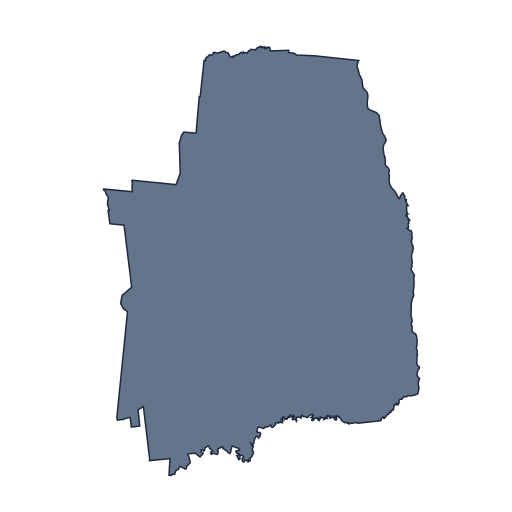 Calamuchita, Córdoba, Argentina, rotated 173°
{"feature_id": "61730980B46916447207534", "entity_name": "Calamuchita", "entity_type": "district", "adm_level": 2, "iso_a3": "ARG", "parent_name": "Argentina", "parent_adm1": "Córdoba", "projection": "orthographic", "projection_center": [-64.638, -32.22], "detail": "fine", "context": "isolated", "style": "filled", "palette": "slate", "viewbox_px": 512, "rotation_deg": 173, "n_neighbors": 0, "source": "geoboundaries", "source_scale": "gbopen_adm2", "svg_char_len": 5884}
<svg xmlns="http://www.w3.org/2000/svg" viewBox="0 0 512 512"><g transform="rotate(173 256 256)"><path d="M130.2,437.5L173.5,447.6L191.2,450.5L193.2,452.5L199.0,454.1L198.5,456.2L216.9,457.8L216.9,461.0L218.1,461.9L219.8,460.9L220.3,462.1L220.7,462.1L221.7,460.7L222.4,462.5L223.8,461.8L224.1,462.8L225.5,462.5L225.8,463.6L227.1,462.9L229.2,462.7L231.2,460.8L236.2,461.7L237.2,460.5L238.3,460.5L240.1,458.4L242.0,459.3L243.3,459.1L243.8,460.1L244.7,459.1L246.1,460.0L248.5,458.2L250.8,458.1L251.9,457.8L252.5,457.1L254.1,457.2L254.2,456.5L254.8,456.7L255.0,456.0L257.5,457.2L258.8,460.9L261.5,462.1L261.8,462.9L263.1,463.3L268.5,462.2L270.9,462.3L272.0,463.1L273.8,463.0L273.5,462.3L273.9,461.4L275.8,460.6L276.6,461.4L278.5,460.9L279.5,459.6L280.3,459.6L282.0,458.3L282.3,456.1L283.7,456.4L292.0,420.9L292.9,421.1L300.5,385.3L312.6,387.8L314.6,385.4L314.9,385.5L317.1,380.5L318.4,377.4L321.1,347.4L326.7,336.6L369.7,346.3L370.0,345.7L369.8,342.5L370.5,340.8L371.0,334.9L399.1,341.1L399.1,339.9L397.6,338.8L397.3,336.0L395.6,332.5L395.6,330.9L396.6,328.5L397.1,325.0L395.9,319.0L397.3,319.2L397.1,305.8L383.2,302.7L383.2,240.2L393.7,233.2L396.2,225.3L393.7,219.4L390.3,216.5L413.7,113.2L413.7,110.0L407.5,110.0L402.5,111.3L400.5,110.8L400.6,101.4L392.1,101.4L391.8,117.7L386.1,120.2L386.3,66.5L386.7,65.9L366.1,65.3L369.1,49.0L367.1,48.4L365.3,49.7L363.5,49.1L361.4,53.2L359.4,53.3L357.3,56.3L356.6,56.3L352.4,53.2L351.2,53.3L350.6,55.4L346.4,58.9L347.0,64.6L347.9,67.1L347.6,67.5L345.4,67.9L340.0,67.5L336.1,63.3L332.5,66.5L332.6,66.9L334.1,67.8L334.2,70.2L333.2,70.3L331.6,68.7L330.8,69.2L330.3,71.4L327.0,73.3L326.0,73.0L325.5,70.8L322.7,68.1L323.7,67.2L324.4,67.2L324.3,66.5L325.0,66.0L324.6,64.6L322.2,65.3L318.9,63.8L318.1,64.2L317.3,66.7L318.0,68.1L316.4,69.7L314.7,69.9L313.1,70.9L312.2,70.6L312.4,69.3L312.0,68.7L309.4,66.6L306.6,63.2L305.3,63.8L303.9,68.1L302.7,70.2L301.8,70.1L299.5,68.4L297.5,67.8L296.3,66.8L296.0,65.4L299.0,65.1L299.9,64.5L299.2,62.8L296.9,61.7L296.8,61.1L297.3,60.5L299.3,60.4L298.1,56.1L297.2,56.0L296.7,56.5L296.2,60.0L294.5,60.0L293.0,58.7L293.2,57.6L294.1,57.1L294.6,56.2L294.4,53.6L293.2,53.0L292.2,54.3L292.2,54.9L291.7,54.4L289.7,54.0L288.5,54.6L288.6,53.7L289.2,53.3L289.0,52.5L287.5,53.5L286.8,53.4L286.6,56.1L284.7,57.1L284.0,58.9L283.4,59.2L282.5,61.1L282.4,62.0L283.4,63.9L282.8,65.8L281.8,67.2L282.9,68.1L282.2,68.1L282.3,69.0L283.5,69.6L283.8,70.6L282.1,69.3L280.9,70.7L279.9,74.1L277.8,77.0L276.9,77.2L275.5,74.9L274.2,76.4L273.0,79.0L273.5,80.3L276.2,81.0L276.7,81.6L275.3,85.1L274.0,86.0L269.5,83.8L268.0,85.1L266.4,84.9L263.7,85.6L262.1,86.5L261.4,85.5L261.7,84.4L260.4,83.9L257.2,86.2L257.4,87.4L256.8,87.8L255.2,88.0L254.2,87.3L252.0,88.7L251.5,87.6L250.1,87.3L249.8,88.5L249.1,89.2L249.7,90.2L250.5,90.2L250.9,90.8L250.1,91.2L248.9,93.0L248.1,92.7L248.4,91.5L247.7,91.3L247.4,90.4L246.6,91.5L245.5,90.2L245.0,90.3L243.5,92.9L243.0,92.7L242.7,91.6L242.0,91.9L241.3,94.2L240.9,94.1L240.7,92.5L239.9,91.9L238.1,93.2L237.5,92.1L238.9,91.1L240.0,89.7L239.4,89.0L237.0,89.4L236.0,87.0L235.7,87.4L235.9,89.4L235.6,90.9L232.5,90.8L231.2,89.7L231.1,90.7L230.3,91.1L230.4,92.1L229.9,92.5L228.2,90.7L227.1,90.7L224.7,89.3L222.0,91.4L219.6,92.0L219.5,91.2L218.7,91.3L219.0,90.3L219.6,89.1L220.5,89.4L221.1,89.0L219.1,88.1L220.6,86.6L220.6,86.1L219.7,85.7L217.1,87.7L215.2,87.6L214.8,88.1L213.7,87.1L215.2,86.2L213.8,86.3L214.2,85.6L213.6,84.9L211.8,87.2L211.9,88.4L211.4,88.5L210.8,87.5L209.2,87.4L208.5,86.7L208.7,85.5L207.6,85.9L207.9,86.3L207.7,86.7L206.7,86.8L206.1,86.0L205.1,86.2L206.3,87.2L205.8,87.9L205.3,87.3L204.8,88.8L204.1,89.0L203.8,88.0L201.7,88.0L202.4,87.5L202.4,86.0L200.4,86.3L199.1,87.3L197.7,84.0L196.7,83.3L195.9,84.0L195.8,85.3L196.8,86.5L197.0,87.3L196.0,87.8L195.4,86.8L194.1,87.3L193.8,86.2L193.2,86.3L191.7,84.0L191.4,82.5L188.4,79.7L186.6,80.0L186.1,79.2L184.8,79.2L185.1,78.6L184.1,77.9L182.3,78.6L180.7,78.2L177.2,78.6L175.4,77.6L152.4,77.3L151.6,78.0L151.4,79.5L150.0,80.6L149.0,80.4L149.0,79.4L148.0,79.4L147.0,80.7L145.0,82.4L143.6,82.9L142.6,84.3L141.1,84.5L141.1,85.7L138.5,86.5L139.0,87.1L137.8,88.1L137.1,90.9L136.0,91.2L134.8,92.6L134.0,92.1L134.3,91.2L133.1,91.0L133.1,91.6L131.8,92.8L132.0,93.7L131.3,95.6L130.7,96.1L128.5,96.2L126.6,98.4L123.8,97.9L123.7,98.3L121.8,98.9L118.6,98.1L116.5,98.8L115.1,98.6L112.1,99.6L110.2,105.2L110.7,109.6L109.9,111.5L109.9,112.7L108.8,113.6L108.8,114.8L110.1,116.3L110.7,118.8L109.3,122.7L107.7,124.5L107.3,125.9L108.8,127.5L109.6,129.3L108.5,136.6L107.7,138.5L108.0,140.3L107.5,142.6L108.1,144.6L107.0,148.8L106.3,153.3L106.5,157.1L107.1,159.3L108.7,160.2L110.3,162.7L109.5,166.6L110.3,169.4L108.9,172.4L109.3,178.4L107.6,189.9L106.3,194.1L104.3,197.2L104.2,202.4L103.3,204.8L102.2,211.1L102.2,215.5L101.4,216.1L101.1,217.6L103.7,223.6L102.4,227.1L102.3,228.9L101.6,230.8L101.8,236.1L101.0,239.5L99.7,241.7L99.1,244.2L99.0,247.4L99.7,248.0L100.0,252.7L99.5,252.7L99.0,253.9L98.7,256.5L99.0,259.0L98.3,259.6L99.0,262.3L100.4,262.4L101.5,263.7L101.5,264.2L102.9,265.0L101.6,265.5L101.0,266.4L101.1,269.5L100.1,270.2L100.3,273.2L99.2,273.0L100.5,275.0L100.8,276.2L101.9,276.9L102.1,278.1L101.1,277.9L101.2,279.4L100.2,279.4L100.7,279.8L100.9,283.0L100.4,287.6L98.8,287.4L100.7,292.1L100.3,292.0L99.8,293.5L100.9,294.0L101.3,294.9L101.1,297.9L101.8,298.7L102.0,300.2L102.5,300.8L103.2,300.4L105.5,297.8L106.4,295.5L107.3,295.7L110.2,303.1L113.2,307.3L114.6,311.0L114.7,314.9L113.8,319.5L114.2,321.9L113.4,324.1L113.4,325.6L114.3,327.9L115.8,329.0L116.5,331.2L115.9,338.1L116.6,340.8L116.8,347.5L115.3,351.4L113.2,353.9L112.6,356.2L113.6,358.1L113.9,359.8L115.0,361.3L115.9,365.2L116.7,373.5L116.4,374.5L116.7,380.5L119.0,383.7L124.6,386.8L126.6,388.5L127.1,389.7L127.0,394.5L125.5,400.7L125.4,403.3L126.2,405.5L129.3,410.1L129.4,418.0L130.6,421.9L131.3,423.0L131.9,428.6L132.5,430.9L132.4,433.8L130.2,437.5Z" fill="#64748b" stroke="#1e293b" stroke-width="1.5"/></g></svg>